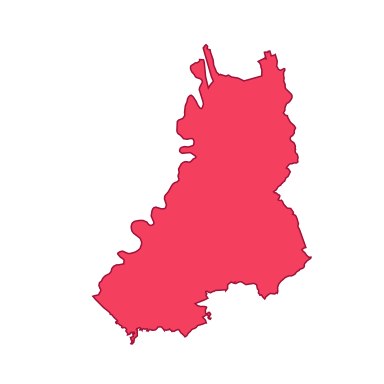 the district of Balteni, Gorj, Romania, rotated 71°
{"feature_id": "2599482B88811296912065", "entity_name": "Balteni", "entity_type": "district", "adm_level": 2, "iso_a3": "ROU", "parent_name": "Romania", "parent_adm1": "Gorj", "projection": "orthographic", "projection_center": [23.271, 44.874], "detail": "fine", "context": "isolated", "style": "filled", "palette": "rose", "viewbox_px": 384, "rotation_deg": 71, "n_neighbors": 0, "source": "geoboundaries", "source_scale": "gbopen_adm2", "svg_char_len": 6022}
<svg xmlns="http://www.w3.org/2000/svg" viewBox="0 0 384 384"><g transform="rotate(71 192 192)"><path d="M258.3,319.7L262.3,318.1L272.7,313.1L278.0,309.7L279.7,308.9L281.1,309.1L281.8,307.8L285.4,306.5L289.3,304.3L289.7,304.3L290.0,306.3L290.7,306.6L291.4,306.4L291.9,306.1L291.5,305.4L292.2,305.0L292.5,304.4L294.4,303.4L295.9,302.0L297.0,302.5L297.7,302.2L298.2,299.8L299.0,299.1L300.8,298.5L301.9,299.8L304.9,298.8L306.1,299.5L306.2,297.1L305.0,295.9L305.2,295.5L304.9,295.2L305.0,294.5L305.7,294.6L306.1,294.2L306.2,293.3L305.6,292.9L305.7,292.4L307.1,292.4L307.1,294.0L307.4,294.3L309.5,294.6L309.5,296.1L309.8,296.8L309.5,297.5L312.2,297.7L313.2,296.8L314.2,298.0L314.9,298.1L315.5,299.2L315.9,298.8L316.2,298.1L315.1,295.9L311.7,294.2L310.2,290.5L305.0,288.9L304.2,289.3L304.1,288.7L303.3,288.7L303.1,285.8L303.6,285.1L304.2,285.0L305.4,286.3L305.8,284.8L305.5,284.3L306.4,284.2L305.6,283.7L305.4,282.5L306.1,281.8L306.7,279.1L307.2,278.9L308.4,279.9L308.5,279.4L309.3,278.9L308.1,276.8L309.8,274.6L310.3,272.6L310.4,271.3L309.4,269.1L308.6,268.4L308.8,267.1L309.7,264.7L313.8,263.2L313.5,263.1L314.2,261.5L314.6,259.3L314.2,257.8L315.0,257.7L317.0,256.1L317.3,256.3L317.9,254.2L317.4,251.3L317.7,249.3L321.3,248.4L324.7,246.5L326.7,245.8L326.2,243.8L324.3,241.5L323.3,239.1L322.0,237.1L321.7,235.5L321.9,234.3L321.4,232.1L320.1,230.2L320.4,225.3L320.2,222.2L320.5,221.1L317.5,221.0L313.8,222.7L312.9,218.2L313.2,217.4L314.7,216.7L315.7,217.7L317.0,217.6L318.3,216.2L317.5,215.3L316.9,216.6L316.2,217.0L313.6,214.1L311.5,214.7L311.2,215.8L312.5,217.7L311.0,218.6L307.9,217.8L306.0,215.8L305.4,215.8L304.2,217.7L302.9,221.5L301.0,223.9L298.5,225.4L298.1,215.4L297.6,211.6L294.3,212.5L293.1,211.1L291.4,211.8L290.6,211.3L290.7,210.2L291.2,209.6L291.9,209.3L293.3,207.4L292.9,204.8L293.1,203.3L292.7,202.0L295.4,192.1L296.4,192.3L294.9,189.8L291.2,188.4L289.9,184.2L291.5,182.5L291.4,181.8L291.7,182.2L292.8,180.5L292.3,176.9L292.9,174.6L297.1,171.2L298.5,163.3L300.7,161.1L305.1,161.7L306.1,161.0L307.6,161.3L309.0,162.1L310.0,161.8L310.2,161.5L311.7,161.4L311.9,159.7L313.9,159.4L316.8,158.1L315.8,156.8L315.2,156.5L313.3,151.3L315.4,146.9L314.7,144.9L315.5,144.4L314.3,143.4L310.0,142.1L307.2,139.9L305.4,137.1L303.1,131.3L302.9,127.6L303.7,125.1L303.6,123.6L303.2,121.5L302.7,120.6L302.2,120.2L301.4,118.4L301.0,116.2L300.2,115.3L300.2,112.2L299.5,110.6L298.3,109.7L297.3,109.6L296.3,108.7L294.5,105.5L293.4,101.5L292.4,100.7L292.0,101.7L292.2,102.3L292.0,102.6L289.1,104.3L285.7,105.2L284.8,106.0L282.3,106.9L281.4,104.5L281.6,102.4L262.4,102.6L259.3,103.1L258.1,102.7L256.8,101.7L251.4,101.4L248.5,101.6L247.3,102.2L245.8,104.1L245.0,102.9L244.1,102.8L239.7,104.0L238.4,106.9L237.5,107.6L233.3,109.3L230.4,109.5L228.9,110.1L228.7,111.6L227.4,113.1L226.6,112.4L226.1,111.5L224.3,110.2L223.4,110.4L222.3,111.6L220.4,112.6L219.4,114.4L218.3,114.8L217.3,111.5L215.3,109.3L214.5,107.1L214.4,105.9L213.2,104.6L213.0,103.6L212.2,102.3L211.9,100.9L209.2,98.5L208.6,96.2L208.1,95.7L204.9,92.5L201.6,93.3L200.1,95.0L199.8,94.7L197.7,91.5L197.4,90.4L197.4,89.7L197.9,88.0L197.7,86.1L198.5,84.1L198.4,82.9L198.1,82.2L195.5,81.5L193.8,80.4L190.6,80.3L189.0,81.2L188.1,81.3L186.2,81.1L185.6,80.2L184.7,80.4L182.2,79.3L179.4,79.5L178.7,79.6L175.5,81.9L173.5,81.8L172.1,80.9L171.5,79.6L171.5,78.6L169.6,76.1L167.1,75.2L165.2,73.2L162.5,73.8L158.0,76.3L152.5,77.2L150.9,76.9L149.8,78.7L146.9,79.9L145.1,77.6L142.8,76.8L140.2,74.7L139.0,73.4L138.9,71.6L137.5,69.0L135.6,66.9L133.7,66.1L132.0,66.2L124.7,69.8L123.8,69.9L120.3,68.9L117.1,69.2L114.2,67.8L112.1,67.6L108.8,66.5L107.0,64.5L105.6,64.3L105.3,64.8L105.8,68.7L104.4,70.2L100.7,71.0L96.1,68.8L89.1,68.5L89.4,69.3L89.1,72.7L84.0,72.5L83.8,74.3L84.5,74.5L84.6,75.0L83.5,77.2L83.5,78.1L89.7,78.6L88.9,79.2L89.7,79.6L89.2,80.2L90.1,87.0L92.3,85.9L95.0,85.7L96.0,86.1L99.4,86.2L105.0,88.3L103.9,106.7L99.3,111.3L96.1,117.3L93.3,119.5L93.5,122.2L90.0,127.0L90.2,128.4L89.1,128.5L86.7,129.8L79.2,130.2L74.0,129.0L66.1,129.0L63.4,128.6L62.4,130.2L61.6,130.8L60.7,130.9L59.8,129.9L59.1,129.9L57.3,130.8L58.1,132.8L58.9,133.5L59.4,134.5L60.6,134.6L89.2,136.1L94.2,135.7L96.4,139.5L99.0,142.7L87.4,141.6L74.7,138.5L72.0,138.1L70.7,138.1L69.2,141.7L70.3,142.0L71.1,143.2L71.5,145.0L71.0,146.8L72.3,151.8L73.1,152.6L75.1,153.3L78.2,153.1L81.6,151.7L84.2,151.2L85.3,150.4L87.8,147.1L89.6,146.2L91.4,146.4L95.6,150.7L97.5,151.8L110.6,152.2L112.8,152.7L115.5,154.7L116.2,155.9L115.4,157.1L111.9,158.2L107.6,158.6L102.5,159.9L100.3,161.1L100.1,162.3L100.9,164.2L102.8,166.1L104.9,167.2L108.2,170.2L114.2,173.1L116.8,173.7L117.9,174.6L119.5,176.9L119.6,181.0L120.5,182.9L129.1,186.3L130.6,186.5L132.3,186.2L134.6,184.4L138.9,182.6L140.6,179.3L140.9,176.3L141.6,174.6L142.4,173.7L144.7,173.5L147.5,174.8L148.3,175.8L148.4,178.2L148.2,181.0L146.6,184.3L146.4,187.5L147.0,189.0L148.6,190.2L149.8,190.4L151.5,189.4L152.3,188.4L154.0,181.4L154.8,180.2L158.8,177.3L160.1,176.9L160.7,177.2L161.1,178.7L161.2,180.2L162.5,182.4L163.1,184.6L161.4,187.7L161.1,189.0L161.2,190.9L161.9,192.9L165.8,197.2L169.7,197.9L171.4,199.5L172.7,200.1L175.7,200.2L176.5,200.5L177.5,202.6L177.6,205.5L178.1,207.2L179.4,209.1L184.0,214.2L186.5,218.5L187.2,219.2L189.5,220.3L195.8,220.4L197.9,221.8L198.6,222.6L198.7,223.4L198.2,226.0L194.5,231.2L194.4,233.1L195.3,234.7L196.7,235.9L201.4,238.4L208.1,237.9L209.4,238.4L210.0,239.1L210.4,241.3L209.6,242.8L208.3,243.7L205.7,244.5L202.9,247.6L201.7,251.2L201.1,255.5L201.2,256.6L202.0,258.7L204.2,260.4L205.9,261.1L209.1,261.5L212.1,260.6L218.2,256.5L219.6,256.0L222.4,255.9L224.7,256.5L228.6,259.6L229.7,262.4L230.3,265.2L230.0,270.5L229.3,272.5L225.3,276.9L225.0,279.3L225.4,281.6L226.1,282.3L226.9,282.3L230.6,280.8L232.3,279.3L234.3,278.4L237.7,279.9L237.1,284.6L236.3,287.3L236.8,290.5L238.4,292.8L241.0,294.5L242.4,296.9L242.9,301.0L243.6,302.7L244.8,304.7L246.7,306.6L247.6,309.0L249.9,310.4L253.1,310.4L254.1,310.0L255.2,310.3L256.6,311.2L257.3,312.4L258.6,313.6L258.8,314.6L258.4,317.1L258.3,319.7Z" fill="#f43f5e" stroke="#9f1239" stroke-width="1.5"/></g></svg>